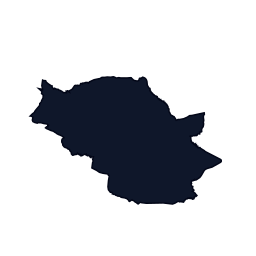 Sør-Odal nor, Hedmark, Norway (Mercator projection), rotated 130°
{"feature_id": "86288312B58904882216706", "entity_name": "Sør-Odal nor", "entity_type": "district", "adm_level": 2, "iso_a3": "NOR", "parent_name": "Norway", "parent_adm1": "Hedmark", "projection": "mercator", "projection_center": [11.753, 60.212], "detail": "fine", "context": "isolated", "style": "filled", "palette": "ink", "viewbox_px": 256, "rotation_deg": 130, "n_neighbors": 0, "source": "geoboundaries", "source_scale": "gbopen_adm2", "svg_char_len": 5777}
<svg xmlns="http://www.w3.org/2000/svg" viewBox="0 0 256 256"><g transform="rotate(130 128 128)"><path d="M182.6,200.6L181.9,200.5L179.9,198.1L178.7,195.4L177.2,192.9L176.7,191.3L176.7,190.9L177.0,190.5L177.5,190.4L177.9,190.9L178.6,190.2L179.1,190.9L179.6,191.2L180.9,191.3L180.7,189.6L180.1,187.9L179.6,185.8L178.4,183.0L178.3,182.1L178.4,181.8L178.1,180.5L178.0,178.2L177.6,177.4L177.7,177.0L177.4,176.4L176.6,173.6L176.5,171.5L176.7,170.8L179.0,171.3L180.6,170.4L181.6,169.3L181.9,168.1L183.0,167.0L183.5,164.9L183.3,164.1L183.4,163.8L182.6,162.2L182.7,160.7L182.1,159.1L182.8,157.8L183.2,155.5L184.2,154.8L184.5,153.0L184.1,152.5L183.3,152.4L182.8,151.7L182.2,151.7L182.1,151.2L181.1,150.3L179.8,150.6L180.0,150.0L179.7,149.7L180.0,149.6L179.7,149.1L179.9,148.7L179.0,147.9L179.1,147.7L178.8,147.4L179.5,147.2L179.2,146.8L179.5,146.1L179.1,146.1L178.6,145.4L176.1,144.5L175.6,143.5L174.9,143.2L175.6,142.6L175.3,142.1L175.4,141.7L175.3,141.2L174.5,141.0L174.4,140.0L174.1,139.8L174.2,139.5L174.0,139.0L174.4,138.9L174.6,138.3L174.5,137.4L173.5,137.8L173.4,137.1L172.3,136.0L174.9,134.8L175.6,133.4L177.2,132.9L181.8,130.0L180.6,124.6L180.3,121.4L178.7,118.0L176.2,113.9L176.8,112.6L176.6,112.0L177.1,111.3L180.9,109.1L185.9,105.6L187.9,103.3L188.6,100.2L188.2,99.9L188.0,99.4L187.6,98.8L188.2,97.8L188.5,97.7L188.3,97.3L188.1,96.4L187.1,94.8L187.4,94.2L186.8,92.7L186.7,91.9L186.2,91.4L185.5,90.2L185.5,89.0L185.2,88.2L183.7,85.7L182.8,83.4L182.9,82.9L182.9,81.1L183.4,80.1L183.2,79.9L183.2,79.6L180.4,78.8L180.5,78.1L180.2,77.4L180.0,76.6L180.1,74.9L179.8,73.9L179.8,71.9L179.6,71.4L177.0,70.9L176.5,69.6L173.8,65.5L162.8,52.9L157.6,45.0L155.3,43.7L152.4,42.7L151.2,41.4L151.3,40.9L150.7,40.7L150.6,40.3L150.2,40.1L150.3,39.7L149.5,39.2L149.5,38.7L149.3,38.6L149.4,38.1L149.2,37.9L148.7,37.8L147.9,38.3L147.4,37.9L146.0,38.1L144.7,37.7L144.3,37.1L143.2,37.1L142.9,36.3L142.2,36.2L142.2,35.5L141.7,35.5L141.8,35.1L141.6,35.1L141.4,34.4L140.9,34.4L140.9,33.9L140.7,33.9L140.7,33.4L141.1,32.9L140.1,32.1L139.1,32.3L138.7,32.8L138.2,32.4L137.2,32.8L136.6,32.6L136.5,31.9L135.4,31.8L135.3,32.3L135.3,33.3L134.8,34.5L135.0,35.7L134.8,36.3L134.8,37.3L135.0,38.0L133.2,37.6L133.1,38.9L132.7,39.9L131.3,40.7L131.6,41.0L131.6,41.5L130.9,42.8L130.8,43.5L130.2,43.8L129.5,43.7L129.2,44.5L127.6,45.3L127.2,45.2L127.0,44.6L126.4,44.2L125.8,44.4L125.7,43.8L125.1,43.4L124.5,43.6L124.6,43.0L123.9,42.4L119.8,41.2L117.4,41.3L111.7,42.3L110.0,42.2L107.9,41.2L103.9,38.5L94.6,35.0L93.6,35.1L92.7,35.9L92.6,36.9L96.5,54.2L96.3,54.6L96.4,55.7L97.0,59.7L96.7,60.2L97.6,61.4L98.0,61.4L98.2,61.8L97.5,62.5L98.0,62.6L97.8,63.1L98.0,63.4L97.6,63.4L97.8,63.7L97.5,63.8L97.7,64.2L97.2,64.6L97.6,64.7L97.6,65.0L97.8,65.1L97.5,65.4L97.9,65.3L97.9,65.6L97.7,65.8L98.0,66.1L97.8,66.2L98.0,66.4L97.7,66.7L97.8,66.9L97.6,66.9L97.8,67.1L97.6,67.7L97.8,67.6L98.0,68.0L97.9,68.1L98.0,68.2L97.9,68.4L98.2,68.7L97.9,69.2L98.1,69.3L98.1,69.8L97.5,70.6L97.7,71.1L96.7,71.8L96.4,72.6L95.2,73.5L94.5,74.3L94.4,75.1L93.8,75.1L93.5,74.2L92.9,73.5L92.0,73.2L91.1,72.0L90.3,71.6L90.2,71.0L89.3,70.4L87.9,70.8L87.3,70.4L86.6,69.4L86.3,69.8L85.9,69.6L85.2,69.9L85.2,70.2L84.6,70.3L83.7,69.2L83.4,69.2L81.8,70.7L80.0,71.3L78.9,71.2L77.1,72.1L76.1,72.8L75.4,73.8L73.4,74.9L71.5,77.0L70.1,78.1L68.4,78.3L67.4,79.4L77.2,87.0L79.0,88.8L81.5,89.5L85.1,91.3L88.4,94.0L89.2,95.1L91.1,96.0L90.1,98.4L90.1,99.4L89.7,99.9L89.9,100.6L90.0,100.6L90.1,101.8L90.3,101.8L90.2,102.1L90.5,102.8L90.2,104.4L89.2,106.4L89.2,107.0L89.0,107.3L88.4,108.0L87.9,108.1L87.0,109.1L86.8,110.5L86.0,111.0L85.4,112.5L85.4,113.2L85.0,113.5L85.1,114.3L84.8,115.3L85.2,116.0L84.9,116.3L85.2,116.5L84.8,117.3L85.0,117.6L84.7,117.9L85.1,118.0L85.2,118.8L85.7,119.2L85.4,119.7L85.7,120.6L85.2,121.2L86.1,121.8L85.8,122.3L86.1,122.5L85.7,123.1L86.2,123.5L85.8,124.3L85.8,125.5L85.3,125.8L85.6,126.1L85.4,126.8L85.8,127.5L86.1,129.1L85.8,129.4L86.0,129.8L86.2,130.9L85.7,131.2L85.8,131.5L85.6,131.9L85.8,132.2L85.9,132.8L85.2,134.1L85.4,135.2L84.7,135.4L83.7,136.5L83.6,136.9L84.0,137.6L82.8,140.7L80.1,143.5L79.3,144.9L79.0,145.9L78.9,147.0L79.1,148.0L79.6,149.4L80.9,149.8L81.7,149.6L81.9,149.7L81.8,150.4L82.0,150.8L82.6,151.1L84.8,150.3L86.0,151.0L86.8,152.3L87.9,154.6L87.7,155.0L87.6,156.1L87.6,157.1L87.4,157.7L87.9,158.5L90.3,160.9L94.3,165.7L95.3,167.4L97.2,169.0L97.4,169.6L97.4,170.0L97.7,170.6L97.7,171.1L98.0,171.4L98.0,171.7L98.2,172.2L100.3,174.0L102.3,176.7L104.3,178.5L105.8,180.3L106.6,180.9L107.8,180.9L108.6,181.7L112.8,185.0L117.4,187.2L117.9,186.9L119.1,187.2L119.1,187.5L118.9,187.8L119.2,188.1L119.3,188.6L120.6,189.9L121.4,189.9L121.5,190.0L121.5,190.4L122.4,191.0L122.5,191.4L123.2,191.1L123.6,191.5L123.8,192.3L124.1,192.7L124.5,192.8L125.9,192.3L126.7,192.6L127.1,192.9L127.2,193.4L127.6,193.6L127.6,194.0L128.2,194.1L128.3,194.5L128.8,195.4L129.8,196.1L134.2,195.7L137.0,196.7L137.8,196.8L138.2,196.0L138.3,196.5L138.2,196.9L138.4,197.1L138.1,197.9L138.4,198.3L139.1,198.5L139.5,199.1L139.8,198.8L140.0,198.2L140.7,198.4L140.8,198.1L141.7,199.4L142.3,199.8L142.2,200.1L142.5,200.4L142.4,201.0L142.6,201.3L142.4,202.0L142.7,203.6L142.9,203.7L142.8,203.9L143.1,204.7L143.1,204.9L143.5,205.5L143.3,205.8L143.3,206.6L144.3,207.4L144.3,208.4L144.8,208.9L144.6,209.5L144.7,209.8L146.0,210.1L145.7,210.9L145.8,211.2L145.7,211.7L145.8,212.0L145.4,212.2L145.3,212.6L144.6,213.2L144.9,213.5L145.4,217.3L145.4,220.1L144.7,221.5L145.9,223.2L146.2,224.2L151.0,221.2L153.5,217.9L153.9,218.0L153.7,219.0L155.2,221.7L155.3,218.5L155.6,217.1L157.1,216.5L157.5,213.6L158.4,213.3L159.6,212.4L162.5,211.8L163.9,211.1L166.0,211.3L167.2,210.4L167.9,210.2L173.3,210.2L175.4,210.1L176.1,209.7L178.5,210.3L181.7,210.6L181.1,209.7L180.8,207.8L183.4,206.4L184.2,205.0L183.7,202.9L182.6,200.6Z" fill="#0f172a" stroke="#020617" stroke-width="1.5"/></g></svg>